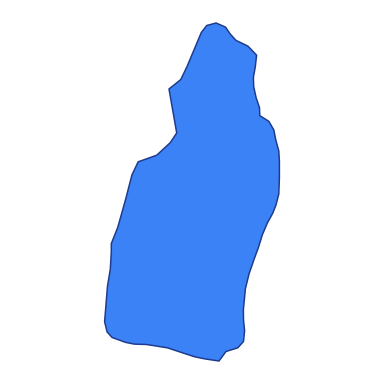 Ilha de Itamaracá, Pernambuco, Brazil (Mercator projection)
{"feature_id": "56859067B34111025481617", "entity_name": "Ilha de Itamaracá", "entity_type": "district", "adm_level": 2, "iso_a3": "BRA", "parent_name": "Brazil", "parent_adm1": "Pernambuco", "projection": "mercator", "projection_center": [-34.849, -7.752], "detail": "fine", "context": "isolated", "style": "filled", "palette": "blue", "viewbox_px": 384, "rotation_deg": 0, "n_neighbors": 0, "source": "geoboundaries", "source_scale": "gbopen_adm2", "svg_char_len": 884}
<svg xmlns="http://www.w3.org/2000/svg" viewBox="0 0 384 384"><path d="M169.0,89.0L176.7,133.0L170.1,142.8L156.7,155.2L138.2,161.8L132.0,174.7L125.5,199.8L117.8,227.2L111.3,243.6L111.3,252.0L110.3,269.2L107.5,286.1L104.6,321.7L107.1,332.0L112.1,337.5L125.6,342.4L134.3,344.1L146.4,344.5L167.3,347.8L182.1,352.7L194.7,356.8L204.9,358.9L219.0,361.0L226.0,351.5L237.8,347.8L243.5,341.5L244.6,330.9L243.5,319.7L243.4,309.3L244.3,300.3L245.4,288.7L249.1,273.7L254.1,259.2L258.5,247.3L262.3,234.9L267.6,222.5L272.6,213.5L275.9,205.3L278.8,194.0L279.1,186.1L279.4,178.4L279.4,169.2L279.4,161.0L278.8,151.0L275.9,140.4L273.8,129.9L268.9,121.4L259.8,115.6L259.5,107.7L256.1,97.7L253.7,86.6L253.4,77.4L255.3,66.8L256.6,55.2L248.0,46.2L236.0,40.4L230.3,34.1L225.5,27.1L216.1,23.0L206.7,25.5L201.3,32.5L186.9,66.8L180.8,79.5L169.0,89.0Z" fill="#3b82f6" stroke="#1e3a8a" stroke-width="1.5"/></svg>